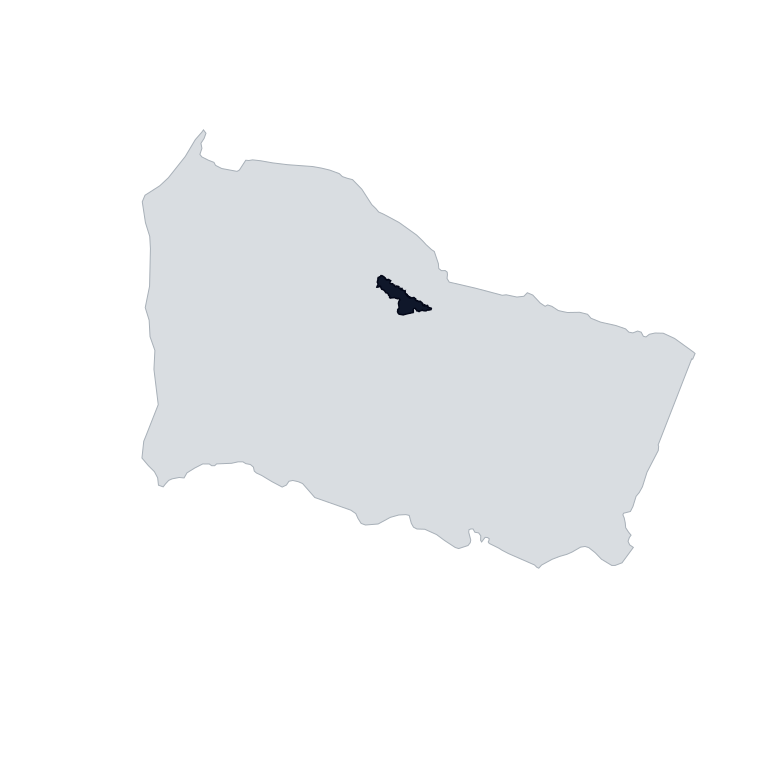 Wenchi Municipal, Brong Ahafo, Ghana (highlighted), rotated 112°
{"feature_id": "2480657B27014820297576", "entity_name": "Wenchi Municipal", "entity_type": "district", "adm_level": 2, "iso_a3": "GHA", "parent_name": "Ghana", "parent_adm1": "Brong Ahafo", "projection": "robinson", "projection_center": [-2.148, 7.803], "detail": "fine", "context": "in_parent", "style": "filled", "palette": "ink", "viewbox_px": 768, "rotation_deg": 112, "n_neighbors": 0, "source": "geoboundaries", "source_scale": "gbopen_adm2", "svg_char_len": 7978}
<svg xmlns="http://www.w3.org/2000/svg" viewBox="0 0 768 768"><g transform="rotate(112 384 384)"><path d="M460.6,96.3L465.7,101.8L466.9,104.9L465.0,116.7L461.3,125.0L459.0,132.8L459.3,136.7L461.6,140.6L469.4,146.7L473.4,150.6L478.1,156.6L483.6,162.5L492.9,170.1L496.8,171.5L496.7,173.6L495.4,176.6L494.6,205.0L493.9,212.3L493.2,216.0L492.4,226.7L491.4,228.2L489.6,228.1L488.0,228.5L487.6,230.6L488.3,232.8L493.9,234.3L492.7,235.9L488.5,237.4L486.6,240.5L487.4,244.2L485.1,247.1L485.8,249.1L487.3,250.6L489.6,250.0L496.2,245.1L498.9,244.6L502.3,245.6L508.6,253.1L508.9,256.7L506.4,269.3L503.9,278.9L503.4,291.8L506.1,299.1L505.7,303.0L502.9,306.5L496.4,311.4L496.9,314.8L499.9,321.2L505.3,328.2L516.0,337.0L521.7,348.4L521.8,353.0L518.5,357.6L514.7,361.6L513.4,367.5L515.2,405.6L506.8,422.2L506.7,426.9L507.6,432.4L509.8,435.7L514.2,436.6L517.7,439.8L516.5,451.4L514.6,463.3L514.3,469.0L513.3,471.7L510.0,473.9L508.7,477.7L509.6,482.3L509.0,485.7L510.8,490.1L514.6,495.6L520.8,509.3L523.2,510.4L524.3,513.2L523.6,516.0L526.0,522.1L532.9,528.1L540.2,533.4L546.0,534.2L547.4,538.9L551.3,544.9L554.0,547.5L558.5,549.2L562.1,550.2L562.3,555.2L555.8,558.7L551.3,564.0L547.9,572.0L543.3,580.7L527.1,585.3L520.9,585.3L487.7,585.6L456.6,602.8L438.7,609.0L427.7,618.7L412.9,625.6L402.6,634.0L381.1,638.0L345.9,651.3L334.9,656.5L323.8,665.6L305.6,676.4L298.5,676.3L284.3,666.2L273.6,661.2L247.5,653.5L228.1,650.5L218.6,647.2L216.0,646.6L218.2,643.0L223.7,642.8L229.4,643.9L233.7,641.1L240.1,640.7L241.7,637.9L242.3,630.6L242.2,624.7L244.4,622.1L245.0,615.2L241.9,599.9L239.7,598.2L228.3,596.0L227.4,593.0L225.4,589.8L223.2,581.9L220.7,570.1L216.8,555.6L209.1,531.6L207.3,523.1L206.0,514.5L205.7,504.2L207.3,500.3L207.0,495.0L206.3,489.7L211.7,477.5L222.3,462.5L224.5,457.1L226.5,453.4L226.7,448.0L228.6,430.6L233.7,409.5L236.9,401.6L239.0,397.3L241.6,390.3L242.3,387.0L252.0,378.7L256.4,376.5L257.4,373.3L255.9,369.7L256.6,367.3L258.9,366.1L262.5,365.1L265.1,361.7L261.0,335.8L257.7,309.9L257.5,307.7L255.5,304.1L253.6,293.4L250.3,287.2L245.7,285.3L245.8,279.4L250.4,269.5L251.6,263.7L249.4,261.9L249.1,257.4L250.6,250.0L249.9,245.5L249.0,240.7L244.2,229.4L243.1,221.4L245.5,216.7L245.5,206.4L242.9,190.6L242.4,180.6L244.2,176.4L243.4,172.4L239.9,168.7L239.6,165.0L242.6,161.4L242.2,158.7L238.5,156.6L235.2,151.8L232.3,144.1L232.9,131.7L238.5,108.9L239.2,107.0L245.4,107.1L245.4,108.1L264.9,107.9L287.1,107.6L313.7,107.3L337.8,107.0L338.9,106.0L342.9,104.8L367.3,107.1L382.5,105.9L389.0,106.7L393.7,108.2L404.3,107.3L409.9,107.8L414.1,113.5L415.8,113.5L418.2,111.1L422.4,108.3L426.7,106.1L429.8,101.7L431.6,98.3L434.4,99.0L438.4,98.8L441.1,96.0L442.1,91.6L460.6,96.3Z" fill="#d9dde1" stroke="#a8b0b8" stroke-width="1"/><path d="M312.0,398.5L312.7,397.7L313.1,397.3L313.2,396.9L313.6,396.2L312.7,392.0L312.5,391.9L311.6,390.6L310.5,389.2L309.1,387.2L308.4,386.0L307.9,385.5L307.5,384.9L307.0,384.2L307.0,383.9L306.8,383.8L306.3,383.7L306.2,383.8L305.7,384.1L305.3,384.1L304.8,384.4L304.6,384.6L304.2,384.8L303.4,384.7L303.2,384.7L302.9,384.6L302.4,384.0L302.2,383.2L302.4,383.0L302.5,382.8L302.8,382.5L302.9,382.4L302.9,382.2L303.0,382.0L303.2,381.8L303.3,381.4L303.7,381.1L303.6,380.7L303.8,380.6L303.7,380.4L303.6,379.8L303.7,379.3L303.6,379.2L303.7,378.8L303.7,378.6L302.8,378.0L301.1,376.0L301.3,375.7L301.3,375.2L301.1,374.5L300.9,374.1L300.9,373.5L300.6,373.0L300.5,372.6L300.1,372.1L299.6,371.9L299.3,371.7L299.1,371.4L299.1,371.1L299.0,370.8L298.8,370.8L298.8,370.6L298.6,370.4L298.6,369.9L298.3,369.6L298.0,369.5L297.6,368.4L297.3,368.3L296.3,368.4L296.3,368.5L296.0,368.7L296.0,368.8L296.0,369.0L296.0,369.3L296.3,369.6L296.4,369.9L296.3,370.4L296.2,370.5L296.2,370.8L296.4,371.7L296.0,371.9L296.0,372.5L295.9,372.6L295.4,372.6L295.4,372.8L295.6,372.9L295.5,373.1L295.2,373.3L294.9,373.3L294.9,373.5L295.3,373.6L295.7,373.9L295.9,374.4L295.9,374.7L296.0,374.8L295.9,375.1L296.3,375.4L296.3,375.6L296.5,375.8L296.4,376.0L296.1,376.0L295.7,375.8L295.4,375.6L295.2,375.8L295.2,376.0L295.3,376.1L295.4,376.3L295.6,376.3L295.9,376.4L296.0,376.5L296.6,376.8L296.7,377.1L296.4,377.3L296.4,377.5L296.0,377.5L296.0,377.8L295.8,378.0L295.6,378.3L295.2,378.3L295.2,378.1L294.9,378.2L294.8,379.0L294.5,379.1L294.3,379.4L294.2,379.9L294.2,380.1L294.2,380.4L294.0,380.6L294.0,380.8L293.9,380.8L293.7,381.3L294.1,382.2L294.5,382.5L294.7,382.8L294.5,383.2L294.3,383.5L294.4,383.9L294.2,384.1L294.7,384.7L294.7,384.9L294.6,385.0L294.5,385.7L294.3,385.8L294.2,385.8L293.9,386.0L294.0,386.4L294.1,386.5L293.9,386.8L293.5,386.4L293.1,386.6L293.0,386.8L293.2,387.1L293.1,387.9L292.9,388.1L292.7,388.2L292.6,388.6L292.8,389.0L292.9,389.3L293.1,389.4L293.3,389.7L293.4,389.8L293.6,390.2L293.7,390.4L293.8,390.7L293.9,390.8L294.4,391.2L294.4,391.3L294.2,391.4L293.9,391.2L293.8,391.3L293.9,391.6L294.1,391.9L294.6,392.2L294.7,392.3L294.8,392.7L294.6,393.0L294.2,393.0L294.0,392.8L293.6,392.6L293.5,392.9L293.7,393.3L293.7,393.6L293.6,393.8L293.5,394.0L293.8,394.4L293.9,394.8L294.0,395.0L293.8,395.1L293.6,394.9L293.4,394.9L293.3,395.1L293.2,395.1L293.3,395.5L293.6,395.5L293.4,395.9L293.4,396.0L293.2,396.2L292.6,395.8L292.4,395.9L292.3,396.1L292.4,396.3L292.4,396.5L292.3,397.0L292.2,397.1L292.4,397.3L292.4,397.6L292.0,397.8L292.0,398.0L291.8,398.1L291.6,398.4L291.4,398.5L291.2,398.7L291.0,398.8L290.9,398.8L290.6,398.8L290.4,399.1L290.2,399.1L290.1,399.3L290.0,399.5L289.9,399.5L290.0,399.6L290.1,400.0L289.9,400.3L290.0,400.6L289.9,400.7L289.9,401.1L289.9,401.4L290.1,401.7L290.1,401.9L290.2,402.2L290.1,402.6L289.9,402.9L289.9,402.7L289.6,402.7L289.2,402.7L289.0,402.9L288.9,402.9L288.7,403.1L288.8,403.2L289.0,403.5L289.3,403.6L289.7,403.5L289.8,403.6L289.8,404.0L290.0,404.1L289.8,404.3L289.7,404.6L289.4,404.5L289.2,404.6L289.3,404.7L289.6,404.9L289.4,405.5L289.4,405.8L289.2,406.1L288.8,406.5L288.8,406.8L288.7,406.8L288.6,407.0L288.4,406.9L288.2,406.8L288.1,407.2L288.2,407.4L288.3,407.8L288.4,409.0L288.5,409.1L289.1,409.1L289.5,409.7L289.4,410.6L289.3,410.8L288.7,410.9L288.4,411.1L288.4,411.3L288.7,412.2L288.7,412.4L288.4,412.8L288.1,413.4L287.8,413.5L287.9,413.9L288.3,414.3L288.3,414.6L288.2,415.0L288.5,415.5L288.3,416.3L288.2,416.4L288.0,416.5L287.1,416.7L286.6,416.5L285.7,416.5L285.7,416.9L285.7,417.0L285.6,417.4L285.7,417.6L285.7,418.0L285.4,418.3L285.3,418.9L285.5,419.1L285.8,419.2L285.9,419.3L286.2,419.4L286.2,419.7L286.5,420.0L286.4,420.2L286.5,420.5L286.1,420.5L286.2,420.8L286.2,421.1L286.1,421.4L286.1,421.6L286.1,421.8L286.1,422.0L285.8,422.1L285.7,422.1L285.5,422.4L285.3,422.5L285.2,422.7L285.4,422.9L285.3,423.3L285.1,423.4L285.0,423.6L284.9,423.6L284.7,424.0L284.7,424.4L284.6,424.5L284.5,424.8L284.6,425.2L284.7,425.4L284.5,425.6L284.6,425.9L284.5,426.3L284.3,426.4L284.3,426.6L284.4,426.8L284.5,427.0L284.8,427.3L284.8,427.5L286.0,427.6L286.3,428.3L286.5,428.4L287.1,428.4L287.2,428.6L287.2,428.8L287.3,429.2L287.4,429.3L287.8,429.2L288.0,429.1L289.0,429.1L289.2,428.8L290.0,428.5L290.1,428.4L290.3,428.4L290.5,428.6L290.8,428.6L291.1,428.4L291.5,428.5L292.2,428.3L292.3,427.9L293.9,426.8L295.6,426.8L295.8,427.0L296.9,426.9L296.8,426.6L296.7,426.4L296.4,426.4L296.2,426.2L296.2,425.9L296.0,425.1L294.8,424.7L294.7,424.2L294.7,423.9L295.0,423.6L295.8,423.0L297.0,421.6L296.8,419.8L297.1,419.3L297.2,418.6L297.3,418.6L297.5,418.2L297.7,417.9L298.1,417.4L298.2,417.2L298.3,416.8L298.7,416.4L298.6,415.8L298.4,415.3L298.5,414.9L298.5,414.5L298.9,413.9L299.6,413.3L299.6,413.0L300.0,412.9L300.4,411.7L301.1,411.4L301.6,411.3L301.9,410.8L301.9,410.4L301.8,409.8L301.2,409.5L300.9,408.5L300.7,407.9L299.9,406.9L299.9,406.6L300.0,406.3L300.0,405.7L300.1,405.3L299.9,404.9L299.9,404.6L299.8,404.1L300.0,403.8L300.0,403.6L299.7,403.2L299.3,402.8L299.3,402.5L299.1,402.2L299.5,401.7L299.5,401.4L299.6,401.0L299.8,400.9L300.1,400.8L301.0,401.0L301.8,400.9L302.2,401.1L303.9,400.8L307.1,398.8L307.6,398.7L308.1,398.5L308.8,398.5L309.1,398.9L309.6,399.1L310.2,399.1L310.8,398.8L311.2,398.4L311.5,398.2L312.0,398.5Z" fill="#0f172a" stroke="#020617" stroke-width="1.5"/></g></svg>